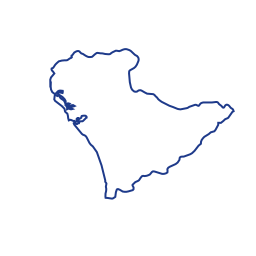 the border of Sergipe, rotated 111°
{"feature_id": "BRA-629", "entity_name": "Sergipe", "entity_type": "State", "adm_level": 1, "iso_a3": "BRA", "parent_name": "Brazil", "parent_adm1": "", "projection": "robinson", "projection_center": [-37.484, -10.548], "detail": "fine", "context": "isolated", "style": "outline", "palette": "blue", "viewbox_px": 256, "rotation_deg": 111, "n_neighbors": 0, "source": "natural_earth", "source_scale": "10m", "svg_char_len": 4310}
<svg xmlns="http://www.w3.org/2000/svg" viewBox="0 0 256 256"><g transform="rotate(111 128 128)"><path d="M201.2,123.9L200.1,124.5L197.2,125.5L194.9,125.8L193.4,126.2L192.2,126.7L190.8,127.6L187.7,128.2L187.3,128.5L186.5,129.8L186.1,130.1L185.0,130.5L172.4,139.3L161.7,148.4L157.8,154.2L156.9,156.8L155.7,158.7L151.6,163.2L150.8,164.4L150.4,165.8L150.4,167.7L150.0,169.0L144.1,179.4L143.0,180.4L142.2,180.0L142.3,179.1L142.6,178.1L142.7,177.3L142.3,176.7L141.9,176.6L141.4,176.3L141.1,175.5L140.5,175.5L140.0,176.8L139.2,175.7L138.0,172.9L137.5,172.5L134.2,171.0L133.4,170.8L133.2,170.4L132.6,170.5L132.1,171.1L131.8,172.0L132.0,172.8L132.4,173.8L132.9,174.8L133.4,175.5L133.9,175.6L134.5,175.4L135.1,175.3L135.9,175.8L136.5,176.3L137.2,176.8L138.3,177.3L138.3,177.9L136.9,177.3L136.4,177.8L136.7,178.6L137.7,179.2L138.5,179.0L138.8,178.5L139.0,178.0L139.4,177.9L140.2,178.3L140.8,178.9L140.9,179.5L140.5,180.4L141.0,181.3L140.9,184.4L141.6,186.0L141.6,185.4L142.1,186.0L140.2,187.4L138.1,188.5L136.3,189.8L135.6,191.9L135.2,192.6L134.4,193.2L133.5,193.7L132.9,194.1L132.5,194.8L131.2,197.7L128.8,205.8L127.7,207.1L124.1,208.0L123.1,207.7L122.9,207.0L123.4,206.1L123.4,205.4L121.9,205.2L124.2,201.8L124.6,200.8L125.1,198.4L125.4,197.6L126.3,196.5L129.6,193.5L130.5,192.4L130.8,192.0L132.3,191.6L131.2,190.5L131.0,187.9L130.1,186.6L129.8,188.9L129.8,190.0L130.1,191.0L129.6,191.0L128.2,187.9L127.2,186.3L126.6,185.7L126.3,187.5L128.5,191.6L128.6,193.5L128.0,192.8L126.3,191.6L126.4,192.7L126.8,193.3L127.2,193.7L127.4,194.4L127.2,195.3L126.7,195.5L125.9,195.6L125.2,195.9L124.4,196.8L123.7,197.7L122.5,200.3L121.5,204.9L120.9,205.8L119.8,205.7L119.2,204.2L118.7,200.8L118.5,202.0L118.0,202.6L117.3,202.4L116.5,201.5L117.3,204.5L117.8,205.6L118.7,206.5L122.0,207.9L122.5,208.7L121.6,211.6L119.6,213.7L117.1,215.0L114.8,215.8L115.5,216.0L110.7,217.9L108.4,218.0L103.5,216.3L102.2,218.2L101.5,219.7L100.5,220.5L99.8,220.6L98.6,219.4L95.0,218.6L93.3,217.9L90.6,216.5L88.8,214.0L87.7,211.8L87.0,210.0L86.4,209.0L85.6,208.4L84.7,207.8L83.6,207.0L82.8,206.1L82.1,205.8L81.6,206.1L81.2,206.6L80.6,206.6L80.2,206.2L79.4,205.9L76.8,205.2L75.2,203.9L74.5,203.1L74.0,202.2L73.9,201.4L74.0,200.6L74.4,200.0L75.1,198.3L75.0,196.7L75.7,193.5L75.9,191.7L75.9,190.5L75.4,188.9L74.9,187.9L74.5,187.2L74.2,186.9L73.4,186.5L71.2,185.4L69.3,184.2L68.8,183.4L68.1,180.3L67.5,178.6L67.1,175.9L66.2,172.8L65.6,171.5L64.9,170.9L64.0,170.5L62.5,169.3L62.1,168.9L60.3,167.2L59.9,166.2L59.4,163.7L58.0,162.1L57.1,161.3L55.8,159.7L55.2,158.5L54.9,157.4L54.8,154.9L54.9,153.9L55.1,152.9L57.2,147.8L57.6,145.2L58.0,144.6L58.4,143.9L59.1,143.2L60.0,142.7L60.9,142.4L61.9,142.3L65.6,142.4L67.4,142.8L68.2,143.0L69.9,143.9L73.4,146.8L74.1,147.1L74.6,147.2L76.6,146.6L84.6,142.7L89.0,139.8L90.1,138.7L90.9,137.6L91.3,136.5L91.7,135.2L91.5,134.2L91.2,133.4L90.8,132.7L89.2,131.6L88.7,130.9L88.3,130.0L88.2,129.0L88.3,128.2L88.8,125.2L89.1,122.5L87.4,116.7L87.5,115.7L87.9,114.6L88.4,113.8L89.2,111.7L89.7,111.0L90.3,110.0L90.8,108.6L91.5,106.0L92.4,97.3L92.3,93.4L92.4,88.6L92.2,87.3L91.8,85.7L88.5,80.4L87.9,79.6L87.3,79.1L86.3,78.4L82.4,73.8L82.0,72.9L82.0,72.0L82.1,71.2L82.1,70.3L81.7,69.8L79.9,69.3L78.9,68.9L77.8,67.8L77.2,66.9L74.2,59.0L72.3,55.4L71.9,54.4L71.9,53.5L72.2,52.8L72.7,52.1L73.1,51.4L73.9,48.7L74.8,47.1L74.9,46.4L74.6,45.9L74.2,45.7L72.7,45.4L71.9,45.2L71.0,44.5L70.7,43.6L70.7,42.6L71.0,41.7L71.4,40.9L72.3,39.4L72.5,38.6L72.8,37.2L73.0,36.8L73.4,36.3L74.5,35.4L75.5,36.3L82.6,38.1L83.7,39.1L84.9,40.4L87.4,41.6L89.9,43.1L90.8,45.6L92.7,44.9L98.2,45.6L100.1,46.2L102.4,49.2L104.7,50.4L108.9,53.6L110.6,54.3L112.7,54.9L114.7,54.9L116.6,54.3L119.2,55.8L125.5,57.7L128.6,59.2L130.3,60.6L134.3,65.2L134.8,65.9L135.5,67.6L135.9,68.3L136.9,69.0L137.7,69.0L138.6,68.7L139.5,68.6L142.5,69.3L144.6,70.6L149.3,75.2L150.7,76.2L152.3,76.5L153.9,75.7L155.4,75.3L156.8,76.4L158.0,78.1L158.6,79.7L159.1,87.5L159.5,89.1L160.5,89.9L163.5,90.9L164.6,91.9L165.9,93.4L166.9,95.2L167.3,96.8L168.0,97.7L169.7,98.3L172.8,99.0L173.8,99.7L175.9,101.8L178.9,103.2L179.6,103.4L180.1,103.1L181.5,101.5L183.2,100.9L184.3,101.3L187.1,105.0L188.1,106.6L188.8,108.4L189.2,110.2L188.6,113.6L188.6,115.5L189.4,116.4L192.2,116.3L196.8,115.2L197.5,115.6L199.3,117.0L199.7,117.8L200.6,121.9L201.2,123.9Z" fill="none" stroke="#1e3a8a" stroke-width="2"/></g></svg>